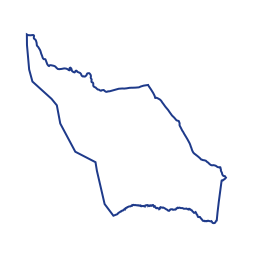 Massingir, Gaza, Mozambique (orthographic projection), rotated 354°
{"feature_id": "85939544B66771942168992", "entity_name": "Massingir", "entity_type": "district", "adm_level": 2, "iso_a3": "MOZ", "parent_name": "Mozambique", "parent_adm1": "Gaza", "projection": "orthographic", "projection_center": [32.187, -23.787], "detail": "fine", "context": "isolated", "style": "outline", "palette": "blue", "viewbox_px": 256, "rotation_deg": 354, "n_neighbors": 0, "source": "geoboundaries", "source_scale": "gbopen_adm2", "svg_char_len": 5713}
<svg xmlns="http://www.w3.org/2000/svg" viewBox="0 0 256 256"><g transform="rotate(354 128 128)"><path d="M37.2,24.4L36.2,34.9L35.8,59.5L37.8,71.8L55.0,91.0L59.6,98.0L61.1,116.5L73.1,146.1L92.1,158.6L92.6,167.3L96.8,201.2L104.3,213.7L108.4,212.6L109.4,211.6L110.3,211.1L110.7,211.0L111.5,210.5L112.2,210.4L112.4,210.1L112.6,209.9L112.9,209.9L113.0,209.8L113.4,209.6L113.9,209.6L114.1,209.4L114.7,209.4L116.0,208.4L116.2,208.5L116.2,208.3L116.4,208.3L116.7,207.9L117.1,208.0L117.3,207.8L117.3,207.6L117.5,207.5L117.6,207.3L118.0,207.2L118.4,207.2L118.8,206.8L119.0,206.8L119.5,206.5L119.8,206.5L120.5,206.2L121.8,206.1L122.2,206.2L122.4,206.1L123.2,205.9L123.3,205.6L123.7,205.5L124.1,205.2L124.2,205.3L124.3,205.1L124.7,205.3L125.1,205.1L125.5,205.0L126.0,205.3L126.5,205.4L126.9,205.3L127.1,205.5L127.9,205.5L128.4,205.8L129.3,205.8L129.5,206.0L129.9,205.9L130.1,205.9L130.3,206.2L130.6,206.3L131.0,206.2L131.2,206.4L132.1,206.3L132.2,206.7L132.3,206.9L132.7,206.9L132.9,207.1L133.2,206.9L133.4,207.1L133.8,207.0L134.5,207.2L134.9,207.1L135.1,207.2L135.4,207.2L135.9,207.6L136.4,207.5L136.6,207.7L137.0,206.9L137.3,206.8L137.6,207.0L137.9,206.9L138.9,206.6L139.6,206.8L139.7,207.2L140.0,207.4L140.0,207.7L140.8,207.4L141.1,207.6L141.3,207.5L141.4,207.8L141.9,207.7L142.3,207.7L142.6,207.4L143.0,207.8L143.5,207.5L143.8,207.6L144.1,207.3L144.4,207.5L144.5,207.3L144.9,207.3L145.0,207.6L145.5,208.0L145.4,208.3L145.6,208.4L145.6,208.8L146.1,208.7L146.0,209.1L146.9,209.5L147.0,209.9L147.3,210.1L147.4,210.4L147.7,210.7L148.4,210.8L148.6,210.8L148.8,210.6L149.0,210.7L149.5,211.0L150.1,211.3L150.4,211.7L150.5,212.0L151.2,211.6L151.3,210.7L151.6,210.4L151.8,210.4L151.9,210.6L152.2,210.2L152.4,210.3L152.6,210.5L153.0,210.5L153.9,210.9L154.4,210.7L154.9,210.9L156.4,211.9L157.3,212.7L158.6,213.5L158.9,214.1L159.5,214.3L160.1,214.7L160.5,214.5L160.9,214.1L161.2,213.9L161.3,213.6L162.2,213.3L163.4,213.4L163.9,213.9L164.5,213.9L164.9,214.1L165.6,213.9L166.2,214.1L166.8,214.1L167.4,213.6L167.5,213.3L167.6,213.1L168.3,212.9L168.7,212.9L168.8,212.5L169.2,212.4L169.9,212.8L171.0,212.6L172.2,213.2L173.6,213.3L174.1,213.5L174.5,213.8L174.8,213.9L175.0,214.1L176.6,214.3L177.5,214.2L177.9,214.3L178.5,214.9L179.2,215.0L179.3,215.2L179.6,215.4L179.8,215.3L179.9,214.8L180.3,214.7L181.0,215.0L181.4,215.8L181.9,215.8L182.2,216.2L183.0,216.7L183.4,217.7L184.1,218.3L184.8,219.3L185.2,219.3L186.4,218.7L186.8,219.6L187.0,220.0L187.0,220.4L187.2,220.7L187.3,221.2L187.9,221.9L188.1,223.2L188.3,223.7L189.1,224.0L189.8,223.9L190.2,224.0L190.4,224.5L190.9,225.1L191.0,225.6L191.6,226.1L191.9,226.7L192.1,227.0L192.6,227.9L192.9,228.0L193.0,228.2L193.2,228.3L194.1,228.3L194.3,228.3L194.6,228.7L194.8,228.8L195.7,228.6L196.1,228.9L196.4,228.9L196.5,228.7L197.0,228.7L197.2,228.8L197.5,228.6L198.1,228.6L198.7,229.0L199.4,229.1L200.3,229.5L200.7,229.5L201.2,229.3L201.6,229.8L202.0,230.9L202.4,231.3L202.9,231.5L204.0,231.6L204.5,231.4L205.0,231.0L205.4,230.2L206.0,229.6L206.3,229.2L206.6,229.2L208.2,221.4L210.6,210.8L215.5,190.5L215.7,190.0L216.2,189.8L216.4,189.8L216.7,190.1L217.0,190.0L217.5,189.5L217.7,189.3L218.3,189.2L219.3,188.5L219.9,188.0L220.2,187.6L220.0,187.4L219.6,186.5L219.3,186.0L218.1,185.7L217.7,185.4L217.3,184.9L216.8,183.5L216.8,182.6L216.0,180.4L215.9,179.5L216.1,178.7L215.6,177.7L215.8,177.1L215.8,176.9L215.7,176.7L215.2,176.6L213.8,176.5L213.5,176.4L212.9,176.1L211.3,174.7L210.4,174.3L209.2,173.9L207.7,173.9L207.3,173.8L206.3,173.3L205.1,172.1L204.2,170.9L203.0,169.9L202.0,168.7L200.6,168.1L199.0,167.7L198.2,167.2L197.5,167.0L196.3,165.4L194.9,163.9L194.1,163.1L193.6,162.6L193.1,162.2L192.3,161.3L191.5,160.7L190.4,159.3L189.9,158.2L189.4,156.7L188.8,153.9L188.5,153.1L188.3,151.9L187.7,149.7L185.8,145.1L183.7,140.6L183.3,139.8L182.5,137.8L181.6,136.1L180.6,133.4L179.7,131.2L179.6,130.8L179.6,130.0L179.7,129.6L179.8,128.7L179.7,128.2L179.2,126.4L178.6,126.1L177.2,125.5L176.8,125.1L175.6,123.3L174.8,122.2L174.2,121.5L173.1,120.2L171.2,116.9L169.8,114.3L167.3,110.6L165.6,107.6L164.8,106.3L163.9,104.5L163.3,103.7L162.9,103.2L161.2,101.9L159.5,100.9L159.0,100.8L158.6,101.0L158.2,100.9L157.8,98.7L156.7,95.8L154.8,91.9L153.3,89.1L152.6,87.7L152.5,87.3L148.0,87.5L147.0,87.7L144.9,88.1L143.5,88.6L142.9,88.7L139.0,88.6L134.0,88.2L130.8,88.4L128.3,88.4L126.4,88.1L122.9,88.0L114.0,89.5L112.6,89.6L112.1,89.4L111.6,89.6L110.6,89.8L110.0,89.7L109.5,89.4L108.8,88.8L107.8,87.7L105.9,87.7L105.1,88.1L104.4,87.9L103.7,87.3L103.0,86.8L101.9,86.5L100.6,85.1L100.2,84.5L98.9,83.7L98.2,83.1L98.0,82.6L97.9,82.1L98.1,80.1L98.0,79.6L97.6,79.0L96.8,78.7L96.6,78.5L96.5,78.1L96.7,76.7L96.9,76.2L96.8,75.5L96.4,75.0L96.2,74.0L96.2,73.7L96.5,72.8L96.5,71.7L96.3,71.1L96.0,70.5L95.5,69.8L95.0,69.4L93.9,69.4L93.3,69.5L92.7,70.1L92.5,70.7L92.0,71.4L90.7,72.3L90.3,72.3L90.0,72.3L89.3,71.9L88.7,72.1L88.1,71.8L87.5,71.2L87.2,70.6L87.1,69.9L86.8,69.2L86.3,68.5L85.9,68.1L84.5,67.4L83.6,66.9L83.4,66.7L83.1,66.0L82.6,65.6L82.2,65.6L81.8,65.8L81.6,66.0L81.4,66.4L81.1,66.8L80.7,67.1L79.6,66.7L79.2,66.3L78.4,65.6L78.2,65.1L77.8,62.9L77.4,62.4L77.0,62.0L76.5,62.1L76.2,62.4L76.2,62.7L76.3,63.4L76.2,64.1L76.1,64.4L75.8,64.5L75.5,64.4L74.9,64.1L74.7,63.6L72.8,62.5L72.0,62.3L71.1,62.1L70.3,62.1L68.1,62.3L65.7,62.3L64.5,62.0L64.2,61.8L63.0,60.5L62.4,59.6L61.9,59.1L60.9,58.5L60.1,58.2L57.9,57.5L57.1,57.4L56.7,57.5L56.0,58.1L55.5,57.9L54.7,56.7L54.4,56.2L53.1,51.2L52.9,51.0L52.6,50.8L51.4,50.7L50.7,49.8L50.4,48.8L50.1,47.3L49.4,44.8L49.0,42.4L48.6,41.1L47.8,39.4L47.3,38.3L47.0,37.8L46.4,37.1L46.0,36.3L46.0,35.3L46.0,33.7L45.6,31.5L45.1,30.4L44.3,29.7L43.8,29.1L43.8,27.8L44.2,26.7L44.1,26.2L43.9,25.9L43.3,25.6L40.9,25.6L38.7,25.3L37.9,24.9L37.2,24.4Z" fill="none" stroke="#1e3a8a" stroke-width="2"/></g></svg>